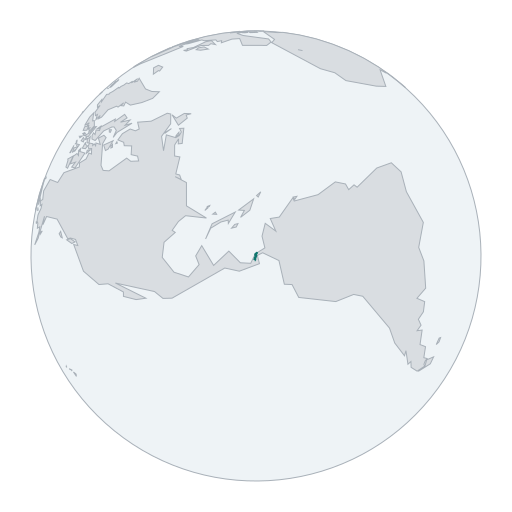 the Earth from above Colón, rotated 309°
{"feature_id": "PAN-1337", "entity_name": "Colón", "entity_type": "Province", "adm_level": 1, "iso_a3": "PAN", "parent_name": "Panama", "parent_adm1": "", "projection": "orthographic", "projection_center": [-79.901, 9.122], "detail": "fine", "context": "on_globe", "style": "filled", "palette": "teal", "viewbox_px": 512, "rotation_deg": 309, "n_neighbors": 0, "source": "natural_earth", "source_scale": "10m", "svg_char_len": 8911}
<svg xmlns="http://www.w3.org/2000/svg" viewBox="0 0 512 512"><g transform="rotate(309 256 256)"><circle cx="256" cy="256" r="225" fill="#eef3f6" stroke="#a8b0b8"/><path d="M262.7,259.1L257.3,256.7L252.2,263.5L233.7,252.6L227.0,239.3L170.4,217.3L164.5,210.4L164.5,199.5L146.5,163.7L153.9,197.0L146.7,190.3L141.2,178.4L144.6,175.6L141.3,158.5L135.0,151.9L135.6,131.5L150.2,107.1L152.0,110.9L155.3,105.3L153.2,100.5L151.0,98.8L159.5,78.2L154.9,68.4L146.3,70.7L153.8,66.6L132.5,75.6L125.4,77.0L137.9,72.3L142.6,69.6L140.0,68.6L144.3,65.7L145.4,63.8L150.8,60.7L157.7,59.0L161.3,57.2L159.2,56.7L163.2,53.8L165.7,54.7L173.0,50.0L185.9,47.9L188.3,55.6L199.9,54.3L214.0,62.7L217.2,60.3L224.5,62.9L230.9,61.4L231.7,64.0L236.1,60.6L234.1,58.5L235.4,56.5L239.0,55.6L240.6,58.6L239.1,59.5L241.4,60.0L240.7,62.0L243.1,60.5L244.7,64.7L248.4,59.4L254.1,61.8L253.7,65.0L246.8,66.1L228.9,78.5L226.3,83.3L229.7,88.2L250.7,93.9L250.8,99.1L256.0,105.0L259.1,101.1L256.2,95.2L263.3,90.1L258.8,84.2L261.1,81.6L259.3,75.6L267.0,75.2L275.5,78.3L277.4,83.5L281.2,85.3L285.5,79.8L294.8,89.7L311.1,97.2L312.7,100.4L305.0,106.5L289.6,107.3L279.6,117.9L293.7,110.1L297.5,119.2L301.3,120.6L305.4,119.9L307.0,116.3L309.9,119.5L297.0,127.8L294.2,125.0L298.3,122.1L291.1,122.9L282.5,129.8L285.1,134.5L269.3,142.0L270.9,145.7L268.4,149.8L266.8,143.2L269.3,155.7L251.2,170.4L254.3,193.6L243.0,175.9L234.0,174.0L223.2,174.7L223.5,178.4L208.8,175.9L195.9,184.0L191.8,202.5L197.2,216.7L213.5,217.2L218.1,209.1L229.9,207.3L222.0,229.0L242.7,231.8L240.9,248.1L247.0,256.5L257.3,254.1L267.9,257.8L275.2,248.2L287.2,242.6L287.8,255.8L294.1,243.5L300.9,249.6L324.5,248.0L322.8,251.1L342.7,265.6L363.5,271.0L368.3,280.2L365.9,286.3L373.0,287.4L373.1,291.3L400.4,294.5L413.6,302.5L412.7,315.8L400.6,332.4L387.4,364.9L365.1,377.0L357.8,389.6L337.8,408.1L324.4,407.7L326.7,415.8L318.0,421.2L309.0,422.0L306.1,427.8L299.3,428.2L303.0,431.7L290.4,439.2L292.2,444.8L282.6,450.4L284.0,453.5L281.0,453.5L277.4,454.7L276.6,456.4L267.9,453.7L267.1,446.6L271.5,442.8L267.5,442.2L276.8,432.1L271.9,434.2L275.7,418.6L284.0,405.1L291.9,364.3L287.6,356.1L270.8,346.7L250.7,315.3L256.5,302.0L251.9,295.8L266.9,276.7L262.7,259.1ZM49.4,192.2L51.0,187.1L51.0,190.5L49.4,192.2ZM51.3,183.9L50.9,185.6L51.1,184.2L51.3,183.9ZM51.1,182.8L51.3,183.6L50.9,183.2L51.1,182.8ZM50.5,181.9L50.9,182.2L50.8,182.4L50.5,181.9ZM253.4,201.6L277.1,212.2L263.9,214.0L266.4,211.8L260.3,207.3L249.1,203.3L237.5,206.1L253.4,201.6ZM50.4,179.1L50.5,178.2L51.0,177.9L50.4,179.1ZM263.3,188.4L259.2,187.6L263.2,187.4L263.3,188.4ZM149.4,98.7L152.7,100.8L153.1,106.5L149.8,105.0L149.4,98.7ZM149.4,89.0L152.2,88.7L148.2,94.0L147.9,92.5L149.4,89.0ZM139.1,73.5L141.0,74.1L137.7,74.6L139.1,73.5ZM144.7,64.1L142.8,65.0L144.2,63.7L144.7,64.1ZM255.1,76.3L257.2,76.0L256.5,77.2L255.1,76.3ZM252.5,74.2L250.2,76.0L248.6,75.3L250.0,74.2L252.5,74.2ZM153.6,58.0L156.5,55.9L154.8,57.6L153.6,58.0ZM255.6,72.4L246.0,73.8L243.2,72.6L246.4,67.8L255.6,72.4ZM159.0,54.6L165.8,50.4L162.2,51.8L176.4,46.1L165.8,51.2L164.3,52.8L162.5,53.0L159.0,54.6ZM232.0,58.3L234.2,60.5L229.0,59.6L232.0,58.3ZM228.3,58.3L210.6,59.9L209.1,56.8L215.3,56.6L210.7,53.7L218.6,51.3L223.0,52.4L222.4,54.8L225.9,52.1L228.3,58.3ZM183.1,44.0L185.8,43.0L184.3,43.8L183.1,44.0ZM235.5,55.6L232.1,56.0L230.5,53.2L237.1,52.0L235.5,53.2L235.5,55.6ZM205.6,54.3L205.5,52.3L212.0,49.7L212.9,48.7L218.7,51.0L205.6,54.3ZM237.6,53.4L240.5,51.5L244.5,52.1L238.7,55.1L237.6,53.4ZM227.3,53.1L226.8,51.8L229.2,52.1L227.3,53.1ZM260.2,54.0L256.1,54.1L255.0,52.5L260.2,54.0ZM241.3,50.8L239.9,50.6L239.0,50.1L241.6,49.1L241.3,50.8ZM222.8,49.2L225.5,48.8L220.8,48.1L225.4,46.5L228.5,48.5L229.1,47.0L230.5,46.5L231.4,48.7L222.8,49.2ZM241.5,46.7L247.0,49.3L254.8,49.3L256.1,50.5L243.2,50.4L241.5,46.7ZM235.5,47.6L239.5,47.3L239.0,48.8L236.0,50.0L235.5,47.6ZM227.5,44.9L219.6,46.8L219.2,46.3L227.5,44.9ZM243.9,46.3L242.5,45.8L244.5,46.2L243.9,46.3ZM232.6,44.9L229.9,45.5L229.5,45.0L232.6,44.9ZM242.0,44.3L243.8,45.0L241.8,45.7L242.0,44.3ZM237.8,44.3L237.9,43.4L240.0,45.5L236.6,44.6L237.8,44.3ZM232.7,44.3L231.6,44.1L233.9,44.1L232.7,44.3ZM248.6,41.5L251.7,44.0L247.3,45.4L244.9,42.7L248.6,41.5ZM281.9,459.3L268.4,454.7L276.2,456.8L282.7,454.0L289.4,457.5L281.9,459.3ZM300.6,451.8L307.5,450.0L308.8,450.8L304.4,452.3L300.6,451.8ZM420.5,102.1L413.0,95.4L417.7,100.1L425.6,107.7L426.3,108.5L432.6,116.2L427.7,110.3L417.0,101.0L419.3,107.3L432.6,129.2L431.8,133.1L426.4,131.8L411.2,112.9L414.7,106.5L409.4,100.8L399.9,94.9L401.7,93.8L398.3,91.0L398.7,88.8L390.7,80.2L389.8,77.9L378.3,69.7L376.3,67.8L383.7,72.9L388.4,75.7L385.2,71.6L382.2,69.4L374.9,64.8L375.0,64.7L368.3,60.8L365.6,59.2L380.6,68.3L394.7,78.5L408.1,89.8L420.5,102.1ZM363.0,57.8L364.1,58.6L355.6,54.3L347.5,50.3L345.0,49.3L358.2,56.1L363.2,58.7L367.1,60.5L381.0,69.4L383.9,72.0L370.4,64.3L373.1,67.6L361.4,61.2L332.7,45.3L325.1,41.9L327.7,42.4L345.7,49.4L363.0,57.8ZM183.2,42.8L179.3,44.2L179.8,44.1L183.8,42.8L176.4,46.1L162.2,51.8L161.8,51.7L153.2,55.9L153.4,55.4L152.7,55.8L167.7,48.7L183.2,42.8ZM481.0,266.4L481.2,261.1L481.0,244.3L480.4,238.5L480.1,242.1L478.8,235.3L478.1,236.3L469.5,250.2L463.7,242.6L448.9,215.5L448.0,201.9L442.1,188.2L431.7,134.0L436.0,134.1L435.1,121.3L436.1,121.9L443.2,132.2L446.7,136.1L455.3,150.9L462.7,166.3L468.9,182.3L473.9,198.6L477.6,215.3L480.0,232.2L481.2,249.3L481.0,266.4ZM442.8,158.8L444.9,162.9L442.8,158.8ZM325.2,247.8L328.1,250.2L324.4,250.5L325.2,247.8ZM262.3,219.5L267.2,219.6L269.8,221.6L266.1,222.4L262.3,219.5ZM303.3,218.4L308.9,219.3L303.2,220.6L303.3,218.4ZM280.8,213.6L298.9,218.2L287.7,222.4L276.3,219.7L284.1,218.3L280.8,213.6ZM261.3,196.0L264.5,196.8L263.6,199.2L261.3,196.0ZM266.2,188.3L265.0,188.6L263.4,186.7L266.2,188.3ZM298.2,118.6L299.3,118.1L303.7,118.2L301.9,119.8L298.2,118.6ZM321.7,110.6L325.8,116.1L321.6,113.0L319.9,115.8L308.8,113.4L312.9,101.9L313.0,107.3L321.7,110.6ZM295.3,107.8L301.8,110.1L294.5,108.1L295.3,107.8ZM378.7,79.7L381.7,80.4L385.8,84.0L386.8,88.7L381.0,83.4L378.7,79.7ZM385.0,80.8L371.4,72.9L370.2,70.3L373.2,73.0L373.8,72.0L378.7,76.2L390.9,82.1L395.3,85.8L394.8,91.5L392.6,87.3L389.8,86.6L385.0,80.8ZM338.7,63.5L332.7,61.8L337.8,58.0L342.8,60.2L344.1,64.6L339.1,64.7L338.7,63.5ZM263.1,64.2L260.5,65.0L260.0,64.0L261.8,62.5L263.1,64.2ZM258.4,54.2L273.9,60.5L271.7,61.5L283.4,64.8L282.2,68.9L274.7,66.5L282.5,72.6L275.2,72.0L281.2,76.1L264.5,70.2L258.3,70.4L265.7,68.4L267.0,64.5L265.7,62.9L257.3,58.9L244.5,58.3L243.7,54.9L246.6,52.7L249.5,52.3L249.1,54.5L253.3,52.4L255.0,55.4L258.4,54.2ZM280.5,37.7L278.7,38.9L287.6,38.2L289.2,39.9L290.2,39.7L294.1,41.3L300.6,43.1L300.3,43.9L302.9,44.4L305.6,45.7L309.1,46.6L309.9,48.6L314.2,50.1L312.1,50.3L319.4,52.4L314.3,51.8L317.3,53.9L320.6,53.3L316.3,65.0L318.3,71.5L322.8,77.5L313.5,76.5L303.4,70.7L294.2,63.4L293.5,57.8L289.4,58.8L287.9,56.5L291.8,56.7L284.9,55.1L284.7,53.4L276.5,49.0L266.7,48.6L263.5,47.2L267.2,46.5L261.4,45.7L266.2,43.7L264.0,42.9L266.5,40.4L274.9,40.1L271.8,39.2L273.6,37.7L280.5,37.7ZM249.6,40.7L259.3,39.3L265.0,39.8L258.2,44.0L259.5,45.1L255.4,48.5L247.2,48.0L249.2,47.0L249.1,45.9L251.7,46.5L249.6,45.3L252.2,44.0L251.3,42.8L254.7,42.6L249.6,40.7ZM433.1,117.5L433.1,117.2L432.2,115.7L436.1,120.8L433.1,117.5ZM426.1,111.1L425.5,109.9L430.6,115.7L430.6,116.3L426.1,111.1ZM420.7,104.6L425.0,109.4L422.7,107.1L420.7,104.6ZM382.7,71.8L381.5,70.6L383.1,71.5L385.8,73.5L382.7,71.8ZM307.0,38.4L305.1,38.4L303.7,38.0L296.5,37.1L294.6,36.2L298.3,36.3L307.0,38.4ZM303.8,37.2L301.1,36.9L301.9,36.7L303.8,37.2ZM292.9,35.5L293.1,35.1L293.6,36.0L292.9,35.5ZM260.1,30.8L258.5,30.7L257.8,30.7L260.1,30.8ZM283.3,32.7L287.0,33.2L286.3,33.2L283.3,32.7ZM184.5,43.3L185.7,43.1L183.2,43.8L184.5,43.3Z" fill="#d9dde1" stroke="#a8b0b8" stroke-width="1"/><path d="M253.4,256.2L253.6,256.0L254.0,255.9L254.5,255.9L254.8,255.8L255.0,255.7L255.4,255.4L255.5,255.3L255.6,255.2L255.8,255.0L255.9,255.3L256.0,255.3L256.0,255.2L256.1,254.9L256.3,254.9L256.4,255.1L256.4,254.9L256.5,254.8L256.6,254.7L256.8,254.6L256.8,254.4L257.0,254.3L256.9,254.3L256.9,254.2L257.0,254.2L257.3,254.0L257.5,254.1L257.4,254.2L257.5,254.2L257.8,254.2L258.0,254.2L258.4,254.3L258.6,254.3L258.8,254.3L259.0,254.3L259.2,254.7L259.0,254.8L259.0,255.0L258.9,255.0L258.7,255.1L258.5,254.9L258.4,254.8L258.2,254.9L257.9,254.9L258.0,254.9L258.0,254.7L257.9,254.6L257.6,254.6L257.4,255.0L257.3,255.4L257.3,255.5L257.2,255.6L257.0,255.8L256.9,256.0L256.6,256.0L256.4,256.0L256.4,255.9L256.2,255.8L256.0,255.7L255.9,255.8L255.8,256.1L255.8,256.3L255.8,256.5L255.7,256.6L255.4,256.6L255.1,256.7L254.9,256.4L254.8,256.5L254.7,256.6L254.4,256.9L254.3,257.0L254.2,257.0L254.0,256.9L253.6,256.8L253.5,257.0L253.5,257.3L253.4,257.4L253.2,257.4L253.0,257.5L252.9,257.7L252.9,257.8L252.8,258.0L252.7,258.0L252.8,257.9L252.7,257.8L252.7,257.7L252.8,257.6L252.7,257.4L252.4,257.2L252.3,256.9L252.5,256.9L252.6,256.7L252.8,256.5L252.9,256.4L253.0,256.4L253.4,256.2Z" fill="#14b8a6" stroke="#0f766e" stroke-width="1.5"/></g></svg>